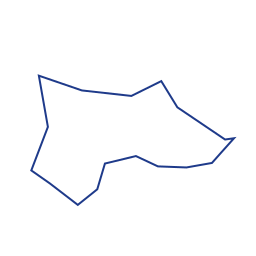 Livadia Lefosias, Nicosia, Cyprus, rotated 170°
{"feature_id": "46923920B98591883747598", "entity_name": "Livadia Lefosias", "entity_type": "district", "adm_level": 2, "iso_a3": "CYP", "parent_name": "Cyprus", "parent_adm1": "Nicosia", "projection": "mercator", "projection_center": [33.012, 34.95], "detail": "fine", "context": "isolated", "style": "outline", "palette": "blue", "viewbox_px": 256, "rotation_deg": 170, "n_neighbors": 0, "source": "geoboundaries", "source_scale": "gbopen_adm2", "svg_char_len": 376}
<svg xmlns="http://www.w3.org/2000/svg" viewBox="0 0 256 256"><g transform="rotate(170 128 128)"><path d="M206.7,195.0L206.7,143.0L230.6,103.0L214.6,87.0L190.8,61.0L168.9,73.0L156.9,97.0L125.1,99.0L105.2,85.0L77.3,79.0L51.4,79.0L40.8,87.4L25.4,99.5L34.4,99.8L75.8,139.8L87.1,168.4L119.1,159.0L166.9,173.0L206.7,195.0Z" fill="none" stroke="#1e3a8a" stroke-width="2"/></g></svg>